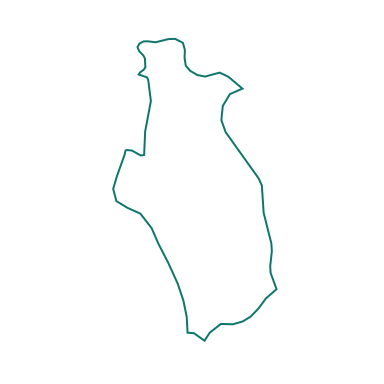 an SVG outline of Pljevlja, rotated 32°
{"feature_id": "MNE-1516", "entity_name": "Pljevlja", "entity_type": "Municipality", "adm_level": 1, "iso_a3": "MNE", "parent_name": "Montenegro", "parent_adm1": "", "projection": "natural_earth1", "projection_center": [19.172, 43.297], "detail": "fine", "context": "isolated", "style": "outline", "palette": "teal", "viewbox_px": 384, "rotation_deg": 32, "n_neighbors": 0, "source": "natural_earth", "source_scale": "10m", "svg_char_len": 946}
<svg xmlns="http://www.w3.org/2000/svg" viewBox="0 0 384 384"><g transform="rotate(32 192 192)"><path d="M180.0,77.6L172.3,88.8L172.5,102.7L178.8,115.5L188.8,123.4L241.4,145.2L247.8,149.5L263.8,171.7L286.5,193.5L291.1,199.9L297.7,213.6L301.6,219.0L315.2,229.6L311.1,243.0L310.1,255.6L307.8,266.5L303.6,274.9L296.8,282.5L286.4,288.6L281.6,301.8L281.4,311.5L268.4,310.7L262.8,313.7L253.7,300.7L242.2,288.6L228.3,277.2L209.3,264.6L191.0,253.7L177.0,244.1L159.7,237.7L145.9,239.6L132.7,239.8L123.5,231.1L120.0,218.5L115.1,196.2L113.7,192.0L114.6,190.9L119.0,188.7L129.1,188.2L131.8,186.0L120.3,165.7L108.9,136.6L95.7,120.4L93.0,118.6L84.5,120.6L84.6,118.1L86.2,114.1L86.4,111.0L81.3,103.7L78.6,102.1L72.7,100.6L69.0,98.0L68.8,93.9L71.1,90.0L74.7,87.6L81.8,84.3L90.9,74.9L96.5,71.1L105.2,70.3L110.6,75.2L114.7,82.3L119.8,88.2L126.2,90.2L134.4,90.0L141.9,87.2L152.2,76.1L161.7,75.0L180.0,77.6Z" fill="none" stroke="#0f766e" stroke-width="2"/></g></svg>